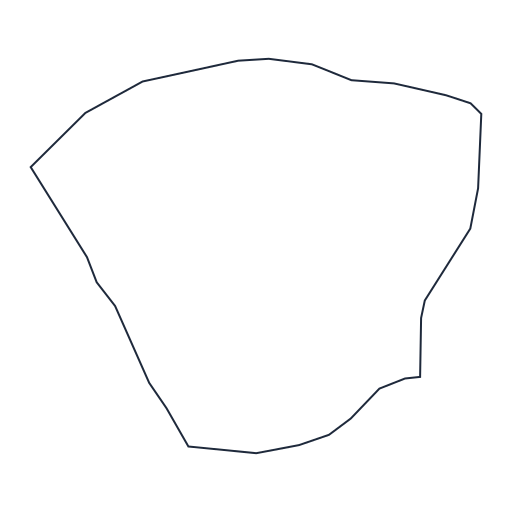 Salcajá, Quezaltenango, Guatemala
{"feature_id": "79465075B86011585476581", "entity_name": "Salcajá", "entity_type": "district", "adm_level": 2, "iso_a3": "GTM", "parent_name": "Guatemala", "parent_adm1": "Quezaltenango", "projection": "albers", "projection_center": [-91.46, 14.876], "detail": "fine", "context": "isolated", "style": "outline", "palette": "slate", "viewbox_px": 512, "rotation_deg": 0, "n_neighbors": 0, "source": "geoboundaries", "source_scale": "gbopen_adm2", "svg_char_len": 475}
<svg xmlns="http://www.w3.org/2000/svg" viewBox="0 0 512 512"><path d="M420.1,376.9L421.1,318.0L424.8,300.5L470.3,228.6L478.1,188.3L481.3,113.9L470.6,103.3L446.2,95.3L394.0,83.4L351.4,80.2L311.9,64.3L268.8,58.8L238.2,60.7L181.7,73.0L142.6,81.5L85.4,112.9L30.7,167.1L87.0,257.2L96.7,282.3L115.1,306.0L149.2,382.9L166.5,408.2L188.4,446.5L256.2,453.2L299.0,445.1L329.0,434.8L350.8,418.5L379.4,388.6L405.0,378.5L420.1,376.9Z" fill="none" stroke="#1e293b" stroke-width="2"/></svg>